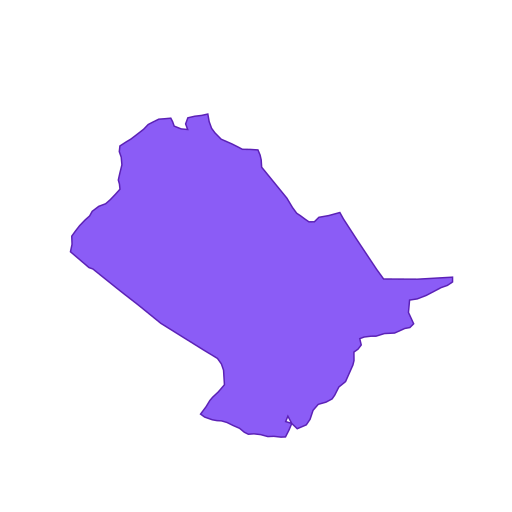 Limoeiro de Anadia, Alagoas, Brazil (Natural Earth projection), rotated 237°
{"feature_id": "56859067B58841982449000", "entity_name": "Limoeiro de Anadia", "entity_type": "district", "adm_level": 2, "iso_a3": "BRA", "parent_name": "Brazil", "parent_adm1": "Alagoas", "projection": "natural_earth1", "projection_center": [-36.471, -9.746], "detail": "fine", "context": "isolated", "style": "filled", "palette": "violet", "viewbox_px": 512, "rotation_deg": 237, "n_neighbors": 0, "source": "geoboundaries", "source_scale": "gbopen_adm2", "svg_char_len": 1776}
<svg xmlns="http://www.w3.org/2000/svg" viewBox="0 0 512 512"><g transform="rotate(237 256 256)"><path d="M360.6,102.7L337.3,109.6L334.0,112.1L304.6,121.8L296.0,124.7L279.3,130.5L251.4,139.5L205.8,160.8L191.1,167.9L184.3,168.2L177.9,166.6L165.2,159.4L162.5,150.2L161.2,142.8L159.9,138.5L156.8,132.1L153.6,123.4L148.9,125.2L142.5,130.1L139.2,133.6L136.6,137.2L132.2,141.0L126.3,144.5L120.4,148.4L114.6,150.2L110.7,152.5L108.0,157.4L103.7,162.6L98.1,167.6L95.1,172.7L90.5,178.3L88.2,182.2L92.2,189.1L96.1,194.8L88.7,196.5L87.0,206.2L89.6,212.4L95.5,219.8L97.7,227.4L95.3,235.1L94.7,242.0L96.4,246.2L101.0,254.1L101.9,262.7L111.8,277.9L114.9,281.2L122.1,285.8L122.3,290.8L124.1,295.8L130.2,298.0L129.1,302.7L126.1,308.8L123.4,313.0L121.0,321.5L115.9,330.3L114.2,341.3L112.2,346.1L113.3,351.3L125.6,353.1L135.4,360.8L132.2,367.9L130.2,377.5L128.7,394.0L127.1,400.5L127.2,406.7L131.2,409.3L148.6,378.8L167.2,350.5L178.8,349.9L214.2,349.5L239.5,349.5L246.8,350.0L250.3,339.0L254.2,329.8L252.9,323.6L255.8,319.0L260.2,317.2L265.6,315.2L269.7,313.4L276.7,313.0L287.7,313.4L327.4,309.1L333.8,312.7L338.4,314.4L343.9,315.4L348.6,309.1L352.9,302.7L356.7,300.6L363.2,296.8L372.9,290.4L381.8,288.6L387.3,288.3L394.2,289.9L401.3,292.9L403.5,287.0L406.6,280.7L409.0,274.1L405.1,268.9L399.3,267.6L403.3,262.5L409.5,258.1L414.0,259.2L418.0,259.6L421.0,253.9L423.7,249.0L424.4,243.3L425.0,237.2L423.5,230.8L422.7,221.4L422.2,214.7L422.4,209.5L422.4,201.8L418.0,198.2L412.3,196.8L405.5,193.2L399.5,186.8L394.7,181.9L390.8,180.7L386.1,178.3L384.2,171.2L382.6,164.4L381.7,158.4L383.3,151.2L382.7,143.0L380.2,138.3L379.3,132.3L377.5,124.6L375.2,118.0L373.0,112.3L366.0,108.1L360.6,102.7ZM96.1,194.8L101.0,190.7L104.3,195.5L96.1,194.8Z" fill="#8b5cf6" stroke="#5b21b6" stroke-width="1.5"/></g></svg>